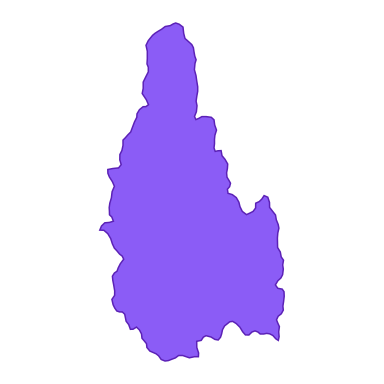 Nova Era, Minas Gerais, Brazil (Equal Earth projection)
{"feature_id": "56859067B46168971865721", "entity_name": "Nova Era", "entity_type": "district", "adm_level": 2, "iso_a3": "BRA", "parent_name": "Brazil", "parent_adm1": "Minas Gerais", "projection": "equal_earth", "projection_center": [-43.01, -19.695], "detail": "fine", "context": "isolated", "style": "filled", "palette": "violet", "viewbox_px": 384, "rotation_deg": 0, "n_neighbors": 0, "source": "geoboundaries", "source_scale": "gbopen_adm2", "svg_char_len": 2911}
<svg xmlns="http://www.w3.org/2000/svg" viewBox="0 0 384 384"><path d="M157.6,31.6L155.0,33.3L152.6,35.3L150.4,38.0L148.3,40.6L146.0,45.3L147.3,51.2L147.3,58.7L147.0,64.0L148.3,67.2L148.3,71.9L145.8,76.8L143.2,82.1L143.2,88.4L142.2,93.5L144.1,96.4L146.3,99.7L148.5,104.7L145.9,106.6L143.1,106.7L139.5,109.6L137.0,113.8L136.8,117.3L134.5,121.9L132.5,127.2L130.7,132.0L128.0,134.7L125.2,137.9L123.0,140.1L123.0,145.4L121.9,150.5L119.9,154.5L119.8,159.9L121.2,164.6L118.6,167.9L112.9,168.5L107.8,169.5L107.9,173.3L109.4,177.0L112.4,181.7L114.4,186.3L112.1,191.7L111.4,197.8L109.8,203.2L109.2,207.6L109.4,211.1L109.5,214.8L111.8,217.0L113.4,221.2L109.5,222.4L104.8,222.8L101.5,226.0L99.8,230.1L103.9,230.3L107.8,233.7L110.7,238.6L112.4,243.9L114.4,248.2L116.7,250.6L119.6,254.1L122.2,256.1L123.7,259.2L120.4,263.6L118.3,267.7L117.0,271.2L114.4,273.0L112.4,276.2L112.8,280.3L113.8,285.5L114.7,291.0L114.6,295.4L111.9,299.4L113.1,304.7L114.7,308.0L116.8,311.0L119.5,311.9L122.4,312.0L124.7,314.2L126.1,321.2L128.7,324.6L130.4,329.3L133.1,329.2L136.5,327.1L139.4,329.9L141.5,333.9L142.0,338.3L144.5,341.2L146.5,343.7L146.9,347.5L149.9,351.1L153.4,352.6L156.1,353.8L158.6,355.8L161.2,359.5L165.0,361.0L168.3,360.6L171.9,359.2L175.4,357.9L178.6,355.5L182.7,355.5L189.4,357.8L194.5,356.7L198.4,356.7L198.6,353.0L196.8,347.5L196.7,341.3L201.2,340.4L203.4,337.1L206.0,335.7L211.0,337.0L214.9,339.4L218.2,340.0L220.5,337.3L221.6,334.0L222.5,329.7L224.6,325.9L227.5,323.6L229.7,321.8L232.7,321.4L236.3,323.6L239.9,327.2L242.7,331.8L245.4,334.9L248.9,335.0L252.0,332.0L255.0,330.9L257.9,332.0L260.2,334.0L263.6,334.0L266.6,333.4L269.6,333.8L272.9,335.5L275.8,338.8L278.3,340.4L279.1,336.7L278.7,331.8L279.4,326.6L277.8,323.1L276.5,319.8L278.2,316.2L281.3,313.8L283.3,310.1L282.9,306.1L283.6,301.5L284.2,296.3L284.0,291.7L282.2,289.1L277.8,288.3L275.4,284.9L277.9,280.7L280.9,278.0L282.6,274.7L283.3,269.1L282.7,265.0L283.5,260.2L281.2,256.9L280.3,252.0L277.6,247.5L277.5,242.7L277.4,238.1L277.8,233.0L278.9,228.2L278.2,224.5L276.3,219.8L275.5,215.0L272.3,210.9L269.6,207.4L269.5,202.4L267.8,197.2L264.1,195.6L261.8,199.1L259.2,201.6L255.7,203.2L255.6,208.0L253.1,211.4L250.0,213.0L246.5,214.6L242.3,211.4L240.0,206.7L238.9,202.2L236.3,197.6L232.3,194.6L228.0,193.3L227.4,189.2L229.6,186.7L230.5,183.2L228.9,180.3L227.0,177.2L226.6,172.8L227.4,168.5L227.7,164.0L225.0,159.3L222.0,155.7L221.1,150.6L217.8,150.8L215.2,151.4L214.0,147.9L214.5,143.8L214.5,139.2L214.9,135.3L216.5,130.1L214.7,125.0L214.0,119.8L211.3,117.3L206.1,116.6L201.9,116.6L198.9,118.3L195.9,119.6L194.5,116.5L196.4,111.7L197.0,105.7L196.1,101.2L196.8,96.2L197.7,91.3L197.7,86.7L196.7,80.7L196.0,75.6L194.4,69.7L195.0,63.4L196.1,59.8L194.8,56.2L194.0,51.8L193.4,47.7L191.8,44.6L188.4,41.5L185.0,38.5L183.7,33.4L183.0,27.1L179.2,24.2L175.7,23.0L173.2,23.9L170.3,25.6L165.2,26.5L161.5,29.3L157.6,31.6Z" fill="#8b5cf6" stroke="#5b21b6" stroke-width="1.5"/></svg>